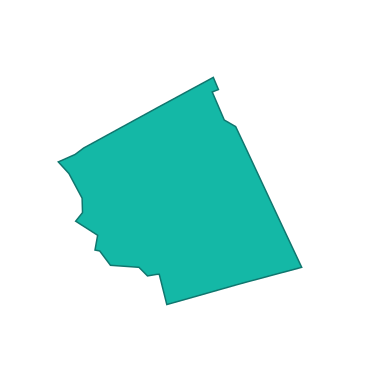 outline of Walton, Georgia, United States of America, rotated 208°
{"feature_id": "52423323B14097412189551", "entity_name": "Walton", "entity_type": "district", "adm_level": 2, "iso_a3": "USA", "parent_name": "United States of America", "parent_adm1": "Georgia", "projection": "mercator", "projection_center": [-83.731, 33.763], "detail": "fine", "context": "isolated", "style": "filled", "palette": "teal", "viewbox_px": 384, "rotation_deg": 208, "n_neighbors": 0, "source": "geoboundaries", "source_scale": "gbopen_adm2", "svg_char_len": 546}
<svg xmlns="http://www.w3.org/2000/svg" viewBox="0 0 384 384"><g transform="rotate(208 192 192)"><path d="M59.8,177.0L96.7,204.6L97.1,204.9L111.9,216.0L166.0,256.7L184.1,270.2L197.3,270.7L221.1,289.8L216.8,294.9L227.0,303.2L261.5,251.2L308.3,180.0L312.9,170.2L324.2,155.8L309.3,150.5L286.1,134.9L279.0,122.4L281.0,111.6L255.0,109.5L250.4,95.2L245.8,96.6L229.6,89.0L203.5,100.6L191.9,97.0L184.5,102.7L182.3,104.0L161.4,80.8L130.3,110.6L122.6,118.0L109.4,130.7L100.6,139.0L59.8,177.0Z" fill="#14b8a6" stroke="#0f766e" stroke-width="1.5"/></g></svg>